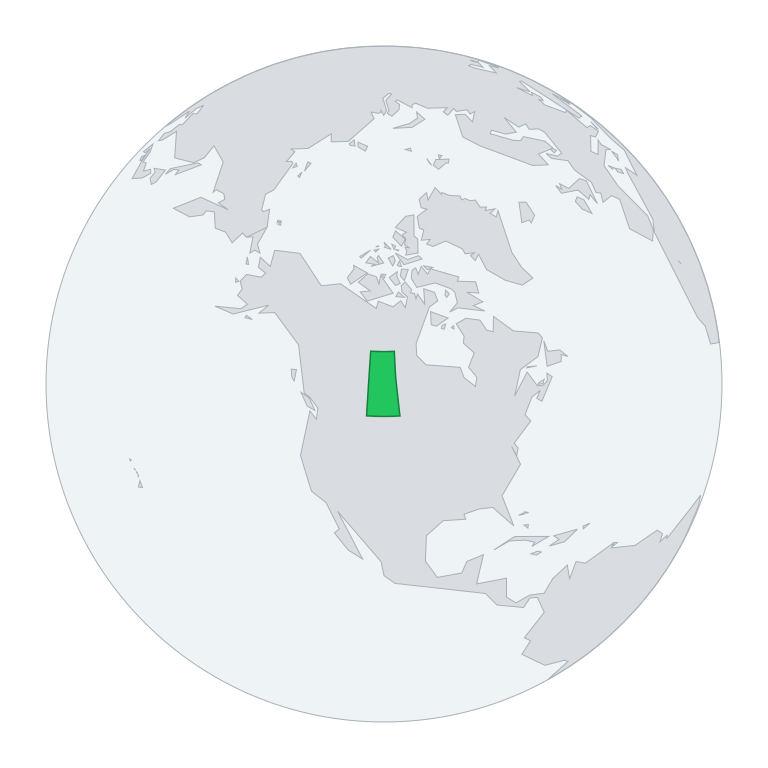 the Earth from above Saskatchewan
{"feature_id": "CAN-631", "entity_name": "Saskatchewan", "entity_type": "Province", "adm_level": 1, "iso_a3": "CAN", "parent_name": "Canada", "parent_adm1": "", "projection": "orthographic", "projection_center": [-105.491, 54.496], "detail": "fine", "context": "on_globe", "style": "filled", "palette": "green", "viewbox_px": 768, "rotation_deg": 0, "n_neighbors": 0, "source": "natural_earth", "source_scale": "10m", "svg_char_len": 11654}
<svg xmlns="http://www.w3.org/2000/svg" viewBox="0 0 768 768"><circle cx="384" cy="384" r="338" fill="#eef3f6" stroke="#a8b0b8"/><path d="M547.9,679.5L567.9,661.6L564.5,660.2L544.9,665.3L521.9,654.4L530.5,640.7L524.4,637.8L544.2,612.3L537.4,597.5L530.0,597.9L523.6,607.5L496.9,605.0L485.6,593.5L395.1,583.4L384.0,575.6L381.1,561.7L337.7,511.3L362.6,559.0L348.2,550.0L334.3,532.8L339.3,529.0L326.1,502.7L311.4,491.1L300.5,455.5L309.9,411.0L316.4,419.2L317.9,408.2L309.9,397.3L304.2,393.0L298.6,344.9L274.8,312.6L258.9,313.1L268.9,305.1L233.2,314.0L214.9,306.2L240.8,308.7L247.4,304.2L237.5,295.4L242.2,288.9L240.1,281.2L246.6,274.5L261.2,277.2L265.7,273.2L258.4,267.2L260.4,257.3L270.3,266.5L274.7,250.3L299.9,253.3L321.3,285.8L340.5,283.8L376.3,308.5L378.3,301.2L393.0,306.9L400.8,300.8L405.2,307.7L407.6,297.1L402.0,292.0L401.2,285.8L405.3,282.0L411.6,289.8L410.5,292.9L414.5,293.3L416.0,299.0L417.5,294.0L424.8,304.4L423.7,288.7L434.5,292.4L437.7,300.9L429.4,307.0L416.1,343.7L416.7,355.3L425.9,364.8L460.1,367.4L464.1,377.7L475.4,386.5L476.9,377.3L468.6,367.3L474.2,353.0L463.4,343.1L464.1,336.1L456.2,323.7L466.0,318.3L479.9,320.1L486.9,330.3L493.2,331.6L493.5,316.4L513.4,330.9L538.2,333.0L542.4,338.0L538.0,356.5L520.3,369.7L514.6,396.2L527.1,372.1L537.4,385.8L542.8,385.4L547.3,380.9L546.9,373.2L552.2,376.7L541.9,401.3L536.8,398.4L540.2,390.4L531.9,397.1L525.0,414.8L530.8,420.9L514.2,443.1L518.1,448.0L516.7,455.9L511.6,446.4L520.5,464.2L502.0,495.8L513.7,525.8L492.7,507.4L479.3,508.9L464.0,514.2L465.7,519.2L443.2,520.7L426.4,535.6L425.4,561.1L437.3,577.4L461.8,573.0L466.8,561.5L483.4,554.7L476.6,583.9L506.5,578.2L506.5,597.1L515.9,602.9L529.6,595.2L544.2,593.2L552.7,578.7L567.3,565.1L569.6,578.8L576.1,561.5L585.3,563.2L613.0,543.2L611.4,547.9L635.1,545.4L657.2,530.2L662.4,533.7L660.1,541.8L667.0,535.2L667.0,538.4L691.1,507.7L700.6,495.2L698.4,506.0L686.6,533.8L680.6,545.8L668.5,566.4L654.9,586.0L640.0,604.6L623.8,622.1L606.4,638.4L587.9,653.5L568.3,667.2L547.9,679.5ZM138.4,487.0L139.9,480.6L142.5,487.5L138.4,487.0ZM138.4,474.8L138.4,477.4L138.0,474.8L138.4,474.8ZM136.6,471.7L137.9,474.0L136.1,472.0L136.6,471.7ZM133.8,468.2L135.4,469.8L135.1,469.9L133.8,468.2ZM514.7,536.5L548.7,536.4L531.9,546.4L534.7,542.3L525.5,540.1L509.3,541.0L493.9,549.9L514.7,536.5ZM130.4,461.0L129.7,459.0L131.3,459.9L130.4,461.0ZM524.3,514.1L518.6,515.3L523.9,512.8L524.3,514.1ZM301.0,392.3L309.2,397.9L314.8,410.3L307.3,406.3L301.0,392.3ZM291.2,369.1L296.4,369.6L294.2,381.0L291.9,377.2L291.2,369.1ZM246.5,315.3L252.3,319.5L245.0,317.7L246.5,315.3ZM238.7,281.3L235.6,282.3L235.8,277.9L238.7,281.3ZM451.3,327.6L453.7,325.7L454.0,329.0L451.3,327.6ZM445.7,324.1L444.2,329.2L441.3,328.4L442.2,325.2L445.7,324.1ZM246.0,263.9L247.4,256.9L248.5,264.4L246.0,263.9ZM448.1,318.0L436.3,326.2L431.2,324.7L430.6,311.6L448.1,318.0ZM249.8,253.1L253.0,236.8L246.3,237.2L267.1,227.2L257.5,244.1L259.9,253.1L254.7,250.1L249.8,253.1ZM398.5,292.1L404.6,297.3L395.8,296.6L398.5,292.1ZM393.1,293.2L367.2,301.1L360.2,291.9L370.3,290.9L358.3,282.3L367.7,273.9L376.4,276.7L379.0,284.2L380.6,275.4L393.1,293.2ZM278.1,224.6L281.0,221.3L280.7,225.3L278.1,224.6ZM400.2,283.3L395.6,285.5L389.2,277.6L397.3,271.7L396.8,276.1L400.2,283.3ZM350.6,284.3L347.3,277.7L354.0,269.0L353.6,265.3L367.3,272.9L350.6,284.3ZM400.3,276.0L401.6,269.1L408.3,269.4L404.3,280.6L400.3,276.0ZM384.2,278.1L381.6,274.2L385.7,274.4L384.2,278.1ZM432.7,267.4L427.4,269.8L423.6,265.8L432.7,267.4ZM401.6,266.5L399.3,266.4L397.2,265.2L399.5,260.9L401.6,266.5ZM371.0,266.4L374.5,264.3L365.8,262.8L370.4,256.5L378.7,262.9L377.1,257.5L378.5,255.6L383.7,263.0L371.0,266.4ZM395.4,253.1L407.6,259.5L418.4,255.7L422.1,259.0L404.0,264.7L395.4,253.1ZM388.1,258.2L393.4,255.7L395.3,260.9L392.7,265.9L388.1,258.2ZM370.6,250.1L361.3,258.1L359.8,256.5L370.6,250.1ZM398.2,250.9L395.2,249.4L398.8,250.0L398.2,250.9ZM378.7,249.1L375.6,252.0L374.0,250.1L378.7,249.1ZM391.8,244.2L395.7,246.1L394.1,249.5L391.8,244.2ZM385.5,245.6L384.0,242.2L391.2,249.4L384.4,247.2L385.5,245.6ZM377.6,246.8L375.7,246.6L379.1,245.8L377.6,246.8ZM395.6,230.8L405.1,239.1L401.5,246.2L392.8,237.1L395.6,230.8ZM573.2,104.0L571.6,102.9L571.4,102.8L575.5,105.6L579.3,108.2L580.4,109.2L579.8,108.6L599.4,123.7L617.9,140.2L635.2,158.0L651.1,177.0L665.6,197.1L678.5,218.3L689.9,240.3L699.6,263.1L707.6,286.6L713.8,310.6L718.3,335.0L718.8,342.5L710.6,344.0L705.2,326.0L697.5,317.4L654.4,232.2L652.8,219.1L627.5,172.5L625.6,167.7L636.8,175.2L624.3,150.2L610.6,138.4L591.2,118.1L573.1,104.3L552.2,93.8L581.8,116.0L578.9,118.1L548.7,98.4L521.6,81.1L519.6,81.5L529.9,91.7L516.8,87.7L532.7,95.6L531.4,92.3L541.3,97.5L543.1,100.8L538.4,99.1L544.6,104.9L565.5,112.6L566.4,110.2L586.9,127.6L590.3,125.5L598.4,131.3L595.5,137.1L590.5,135.5L591.0,151.5L598.1,154.4L598.1,139.9L601.2,144.6L610.9,149.6L606.0,149.6L604.0,165.6L618.0,185.9L647.7,215.9L653.3,229.7L652.6,241.0L629.6,228.7L619.7,199.4L611.4,195.6L603.1,202.3L600.8,193.1L596.1,192.5L591.4,182.3L574.5,170.0L568.1,160.7L551.6,158.4L546.1,153.5L557.4,156.1L561.8,153.3L544.7,132.2L538.5,128.9L529.2,129.3L525.7,123.9L518.8,127.1L504.2,117.5L516.3,132.2L505.7,134.1L491.5,130.2L490.2,133.7L513.3,140.3L520.5,140.7L523.3,136.6L544.9,141.2L552.9,148.1L538.5,154.0L548.2,164.8L532.8,165.5L479.9,145.8L462.8,137.0L455.4,114.7L465.0,114.3L472.5,121.9L474.7,111.6L470.1,114.0L467.2,109.8L456.3,111.4L453.7,108.5L447.7,115.2L443.3,111.9L447.2,107.7L427.3,108.2L415.5,103.1L412.2,104.7L412.1,107.8L397.2,99.8L395.4,101.4L399.6,104.5L398.9,109.8L391.9,116.3L387.1,113.2L389.0,110.4L385.8,100.3L391.6,94.0L389.0,93.4L382.8,98.2L386.6,110.4L383.7,115.3L380.5,109.5L381.4,111.9L378.5,113.4L371.1,112.1L374.1,118.7L348.2,141.4L331.3,141.9L331.3,133.7L308.2,148.4L291.0,149.1L294.9,151.8L286.5,161.5L291.8,161.3L293.0,163.4L273.8,189.9L265.5,194.2L261.7,210.0L263.7,211.6L269.6,209.2L267.1,227.2L246.3,237.2L242.8,233.0L232.1,242.7L225.6,232.1L215.3,228.2L214.4,211.9L206.3,210.8L203.1,214.9L189.6,216.9L173.3,208.2L200.9,197.3L228.2,209.8L218.3,202.8L224.8,199.3L223.9,193.8L216.5,189.7L213.1,192.3L223.2,162.0L214.0,145.8L204.2,157.8L193.7,162.7L174.7,157.9L176.5,131.3L162.4,140.0L158.6,140.7L164.3,133.3L170.0,131.8L179.7,124.3L182.0,125.0L193.1,113.5L196.9,114.0L203.6,105.4L196.3,108.6L185.1,118.1L189.3,111.2L172.4,122.5L165.6,126.4L169.0,123.3L188.1,108.7L208.2,95.4L229.2,83.6L251.0,73.3L273.5,64.6L296.6,57.6L320.1,52.2L343.9,48.5L367.9,46.5L392.0,46.2L416.1,47.6L439.9,50.7L463.6,55.6L486.8,62.1L509.5,70.2L531.5,80.0L552.8,91.3L573.2,104.0ZM677.9,260.7L681.2,263.9L677.9,260.7ZM498.5,67.2L478.6,60.2L478.0,62.2L470.3,59.9L473.0,61.6L478.1,62.4L483.0,67.3L471.1,64.4L468.6,65.7L475.1,68.2L496.3,73.0L489.4,65.6L498.0,67.8L498.5,67.2ZM613.8,542.4L617.4,542.5L613.2,545.9L613.8,542.4ZM530.9,553.8L537.5,551.2L541.3,552.0L536.5,555.1L530.9,553.8ZM583.0,526.1L589.9,523.1L583.3,528.9L583.0,526.1ZM553.8,535.8L577.5,529.1L564.5,541.8L549.4,546.0L559.1,539.4L553.8,535.8ZM523.9,525.1L528.3,524.5L527.9,528.1L523.9,525.1ZM528.1,512.4L526.6,513.4L523.9,511.7L528.1,512.4ZM538.0,384.3L539.0,382.5L544.2,379.3L543.0,383.6L538.0,384.3ZM559.7,349.9L567.8,356.4L561.2,354.5L561.2,361.4L547.2,366.3L543.8,340.8L547.8,351.3L559.7,349.9ZM527.5,366.7L536.8,365.9L526.8,367.8L527.5,366.7ZM575.3,201.3L577.1,196.9L583.9,199.8L591.9,213.4L582.2,209.1L575.3,201.3ZM578.0,190.1L561.4,193.2L555.7,185.5L561.7,189.2L559.6,183.7L568.7,188.4L579.5,178.6L586.2,180.7L597.4,203.6L590.0,194.7L588.8,199.3L578.0,190.1ZM529.1,220.0L521.9,222.7L519.0,202.2L526.1,202.2L534.6,215.2L531.2,223.0L529.1,220.0ZM449.3,293.9L446.8,297.3L445.0,295.0L445.7,290.2L449.3,293.9ZM430.5,268.8L458.8,277.0L457.3,281.2L475.6,281.8L478.8,293.1L466.8,292.2L482.9,301.8L473.4,305.6L484.8,311.0L457.7,307.8L449.7,312.1L457.4,302.9L454.8,292.2L451.2,288.9L435.2,282.9L416.8,287.4L411.2,278.1L412.1,270.3L415.7,267.8L418.2,274.5L421.2,266.4L427.6,274.2L430.5,268.8ZM426.6,192.6L428.0,200.1L435.1,187.6L441.5,194.4L441.9,192.5L449.7,195.5L460.0,196.0L461.7,199.9L465.0,198.5L470.2,200.7L475.3,200.1L480.1,207.1L486.7,207.1L485.2,210.5L495.2,208.8L490.0,213.3L496.3,216.9L498.0,210.6L511.9,252.5L521.8,267.6L532.9,278.0L522.4,285.1L505.2,280.2L486.6,269.5L478.6,254.3L475.2,260.6L470.4,255.4L475.1,252.6L465.1,253.8L462.3,248.8L445.7,241.0L433.0,246.5L426.6,244.0L430.2,239.4L421.3,240.2L423.8,230.0L419.3,228.1L417.2,216.5L426.9,209.2L421.1,207.7L419.2,199.2L426.6,192.6ZM395.4,227.4L405.5,216.4L413.9,214.9L414.0,235.9L417.7,239.0L418.0,253.0L405.8,255.1L406.8,250.8L405.0,247.2L409.6,248.0L404.5,244.7L405.8,238.8L402.2,234.7L406.4,232.2L395.4,227.4ZM618.6,161.0L616.3,157.3L611.5,151.2L617.5,154.6L618.6,161.0ZM617.8,172.0L615.0,168.2L621.1,169.4L623.5,173.6L617.8,172.0ZM608.2,165.5L614.3,167.9L612.4,169.1L608.2,165.5ZM554.2,152.9L550.6,149.4L552.2,148.7L556.7,150.2L554.2,152.9ZM449.0,159.1L448.4,163.1L446.1,162.9L438.6,169.3L433.3,165.2L435.7,159.6L449.0,159.1ZM560.2,98.2L568.5,103.1L569.9,104.6L566.8,102.5L560.2,98.2ZM596.7,128.3L590.8,121.7L598.4,129.3L596.7,128.3ZM441.9,155.6L439.4,158.7L438.3,154.8L441.9,155.6ZM429.0,162.5L426.7,158.4L431.7,165.4L429.0,162.5ZM392.9,128.3L409.2,123.6L417.5,118.2L416.6,111.9L424.9,119.2L412.1,127.4L392.9,128.3ZM354.2,139.9L355.1,146.1L350.1,145.3L349.2,143.8L354.2,139.9ZM358.0,142.2L367.7,146.3L365.2,151.1L358.0,146.9L358.0,142.2ZM405.3,149.4L410.5,148.2L411.3,151.3L405.3,149.4ZM141.5,157.0L145.5,154.7L141.5,160.5L139.9,160.4L141.5,157.0ZM132.1,178.6L141.7,161.3L150.1,148.5L145.4,152.9L143.4,151.6L152.9,144.1L150.2,151.8L143.1,162.0L146.2,163.1L143.5,171.0L150.6,169.3L150.8,173.2L142.2,178.0L132.1,178.6ZM154.0,168.3L165.4,170.1L155.9,182.1L151.3,184.4L150.1,178.3L155.1,172.3L154.0,168.3ZM165.4,174.2L170.5,168.6L197.9,162.9L201.3,164.8L175.4,174.6L178.8,169.9L173.7,169.5L165.4,174.2ZM277.9,220.2L280.8,221.2L277.1,222.8L277.9,220.2ZM296.1,163.1L297.2,166.3L292.8,167.8L296.1,163.1ZM297.8,176.0L301.9,172.1L299.5,177.5L297.8,176.0ZM310.9,163.3L304.5,171.1L307.8,161.9L310.9,163.3Z" fill="#d9dde1" stroke="#a8b0b8" stroke-width="1"/><path d="M389.6,416.4L389.0,416.4L388.2,416.4L387.3,416.4L386.5,416.4L385.7,416.4L384.8,416.4L383.9,416.4L383.1,416.4L382.2,416.4L381.4,416.4L380.5,416.4L379.7,416.4L378.8,416.4L378.0,416.3L377.1,416.3L376.3,416.3L375.4,416.3L374.6,416.2L373.7,416.2L372.9,416.2L372.0,416.1L371.2,416.1L370.3,416.1L369.5,416.0L368.6,416.0L367.8,415.9L366.9,415.9L366.6,415.9L366.7,413.8L366.8,411.8L366.9,409.8L367.1,407.7L367.2,405.7L367.3,403.7L367.4,401.7L367.6,399.7L367.7,397.6L367.8,395.6L367.9,393.6L368.1,391.6L368.2,389.6L368.3,387.5L368.4,385.5L368.6,383.5L368.7,381.5L368.8,379.4L369.0,377.4L369.1,375.4L369.2,373.4L369.4,371.3L369.5,369.3L369.6,367.3L369.8,365.3L369.9,363.3L370.0,361.2L370.2,359.2L370.3,357.2L370.4,355.2L370.6,353.2L370.7,351.2L372.2,351.3L373.7,351.3L375.1,351.4L376.6,351.5L378.1,351.5L379.5,351.5L381.0,351.6L382.5,351.6L384.0,351.6L385.4,351.6L386.9,351.6L388.4,351.5L389.9,351.5L391.3,351.5L392.8,351.4L394.3,351.3L394.3,352.0L394.4,352.7L394.4,353.3L394.4,354.0L394.6,357.3L394.8,360.7L394.9,364.0L395.1,367.3L395.2,369.5L395.3,371.6L395.4,373.8L395.6,375.9L395.7,377.2L395.8,378.4L395.9,379.7L396.1,381.0L396.2,382.2L396.3,383.5L396.5,384.7L396.6,386.0L396.7,387.3L396.9,388.5L397.0,389.8L397.2,391.0L397.3,392.3L397.4,393.5L397.6,394.8L397.7,396.1L397.8,397.3L398.0,398.6L398.1,399.8L398.3,401.1L398.4,402.3L398.5,403.6L398.7,404.9L398.8,406.1L399.0,407.4L399.1,408.6L399.3,409.9L399.4,411.1L399.5,412.4L399.7,413.6L399.8,414.9L400.0,415.9L399.2,416.0L398.4,416.0L397.5,416.1L396.7,416.1L395.8,416.2L395.0,416.2L394.1,416.2L393.3,416.3L392.4,416.3L391.6,416.3L390.7,416.3L389.9,416.3L389.6,416.4Z" fill="#22c55e" stroke="#15803d" stroke-width="1.5"/></svg>